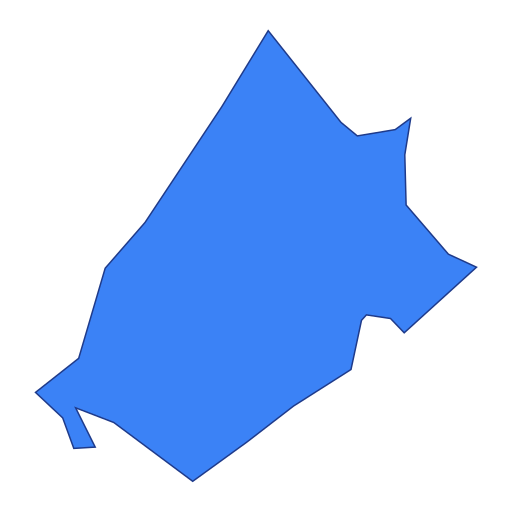 Russell, Kentucky, United States of America
{"feature_id": "52423323B32908051821127", "entity_name": "Russell", "entity_type": "district", "adm_level": 2, "iso_a3": "USA", "parent_name": "United States of America", "parent_adm1": "Kentucky", "projection": "albers", "projection_center": [-85.04, 37.007], "detail": "fine", "context": "isolated", "style": "filled", "palette": "blue", "viewbox_px": 512, "rotation_deg": 0, "n_neighbors": 0, "source": "geoboundaries", "source_scale": "gbopen_adm2", "svg_char_len": 461}
<svg xmlns="http://www.w3.org/2000/svg" viewBox="0 0 512 512"><path d="M476.5,267.2L448.4,254.2L406.1,205.0L404.8,154.8L410.7,118.2L395.2,129.6L357.3,135.9L341.0,122.4L268.2,30.7L221.8,106.7L145.0,222.5L105.2,268.2L78.7,358.3L35.5,392.4L62.7,417.9L73.8,448.4L95.2,447.1L75.6,407.8L113.8,422.5L192.7,481.3L247.1,441.9L293.6,406.0L351.0,369.5L361.5,320.3L366.4,314.9L390.5,318.5L404.2,332.8L476.5,267.2Z" fill="#3b82f6" stroke="#1e3a8a" stroke-width="1.5"/></svg>